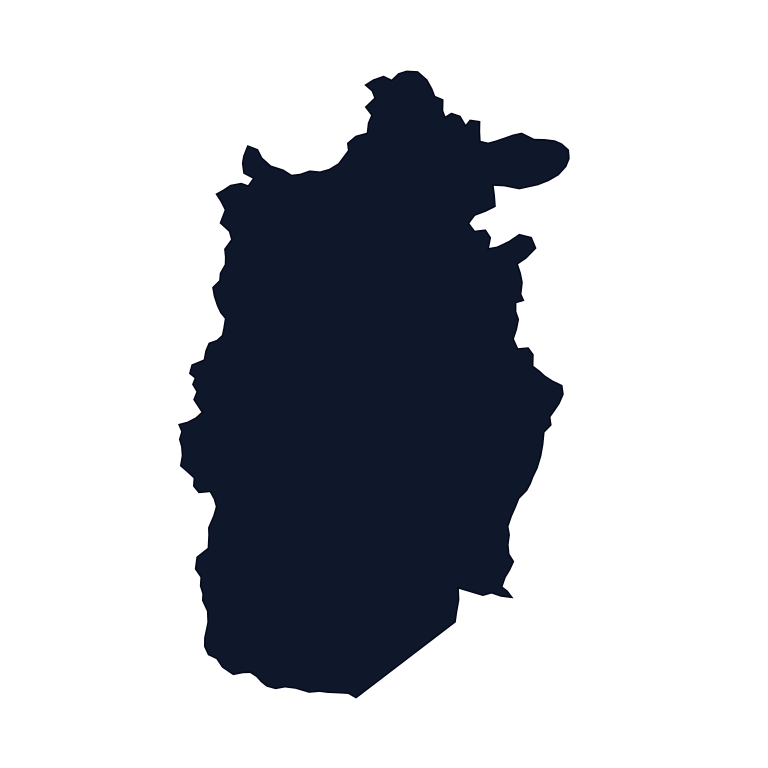 Ibirapuitã, Rio Grande do Sul, Brazil (Mercator projection), rotated 80°
{"feature_id": "56859067B64414910507042", "entity_name": "Ibirapuitã", "entity_type": "district", "adm_level": 2, "iso_a3": "BRA", "parent_name": "Brazil", "parent_adm1": "Rio Grande do Sul", "projection": "mercator", "projection_center": [-52.464, -28.617], "detail": "fine", "context": "isolated", "style": "filled", "palette": "ink", "viewbox_px": 768, "rotation_deg": 80, "n_neighbors": 0, "source": "geoboundaries", "source_scale": "gbopen_adm2", "svg_char_len": 2681}
<svg xmlns="http://www.w3.org/2000/svg" viewBox="0 0 768 768"><g transform="rotate(80 384 384)"><path d="M513.5,262.1L507.3,257.2L501.2,253.6L493.3,247.9L482.0,242.2L471.0,238.2L459.1,234.9L453.3,226.8L445.1,226.5L439.9,221.2L433.4,214.9L425.2,209.5L416.5,209.2L410.5,217.6L404.1,224.5L398.7,228.6L392.4,234.5L381.0,232.2L373.6,235.8L372.7,246.3L362.1,249.0L353.0,244.1L343.7,240.5L335.6,241.8L326.7,240.2L325.8,232.2L319.3,233.8L308.0,230.4L298.7,230.6L288.9,232.0L284.6,222.4L276.5,211.1L265.4,213.6L260.4,224.8L265.4,235.8L269.0,248.7L269.0,258.0L258.4,253.9L250.1,257.5L249.5,268.4L240.5,272.9L233.5,265.5L231.3,253.9L228.3,243.8L217.5,242.7L207.0,242.2L209.5,231.2L215.1,216.8L214.3,197.7L212.0,186.6L208.1,176.0L201.3,167.2L194.1,162.7L185.6,161.9L178.5,167.5L174.4,173.7L171.5,183.0L169.3,193.8L161.1,205.0L161.5,213.9L162.9,222.1L164.4,232.0L165.1,239.7L161.8,247.4L152.0,246.2L142.3,244.3L139.3,253.4L144.1,258.8L133.6,262.7L129.3,270.6L132.1,277.6L125.1,278.9L114.4,276.8L109.7,284.2L101.6,285.8L92.0,289.1L82.5,296.7L80.0,307.5L81.1,315.7L86.4,323.7L81.1,331.0L82.8,341.5L86.4,350.3L93.2,344.7L100.9,343.2L108.1,353.9L117.2,349.2L124.4,353.9L134.2,356.8L135.3,368.6L140.7,377.9L148.0,378.3L159.3,390.3L163.3,400.5L164.3,410.1L161.5,420.2L163.1,429.9L162.6,438.9L155.9,446.2L149.8,457.8L140.3,465.2L131.4,467.9L126.0,476.8L135.3,482.5L142.1,484.9L152.0,485.3L158.8,476.5L165.5,483.3L161.8,489.8L161.9,500.6L165.4,508.6L167.9,516.0L175.8,512.7L185.0,509.9L197.0,517.1L206.8,509.6L215.4,508.8L223.6,517.3L231.7,517.9L238.9,519.4L246.6,525.8L253.8,527.7L259.3,535.7L268.2,535.7L277.8,534.3L285.3,532.3L291.9,528.6L301.9,532.1L308.2,534.6L312.2,540.8L313.6,549.1L320.4,553.5L329.2,556.8L332.0,569.7L339.9,573.4L345.3,568.6L351.2,572.3L359.1,569.3L366.4,573.8L373.6,570.7L380.3,567.8L384.9,575.1L387.7,584.2L388.4,592.9L395.8,591.2L403.0,594.8L410.5,594.0L419.6,594.9L429.2,598.4L435.2,593.5L443.5,587.1L451.5,589.1L458.7,585.0L459.6,573.8L467.8,571.0L475.7,570.2L484.2,574.3L495.1,581.5L502.6,582.6L515.3,585.5L522.1,598.1L533.4,601.7L542.4,597.6L551.1,599.7L559.2,598.6L565.7,600.1L577.0,597.1L588.1,598.6L594.7,601.2L602.9,604.5L611.4,606.1L620.0,603.8L625.3,596.3L634.8,592.1L643.8,582.8L643.6,573.0L644.7,565.6L650.0,560.0L655.8,556.4L661.0,551.9L665.0,543.6L664.9,534.1L668.1,523.8L674.4,511.2L675.3,500.8L677.7,493.1L679.8,483.6L682.3,472.8L688.0,466.0L630.6,355.3L621.7,352.4L609.6,348.0L597.6,346.4L609.2,323.3L608.3,314.4L613.1,305.6L616.4,295.1L609.4,298.7L604.3,303.3L595.4,298.4L588.8,292.6L581.3,287.4L573.2,290.7L563.6,289.9L554.3,286.9L545.8,286.9L536.3,281.7L527.3,275.7L520.0,271.2L513.5,262.1Z" fill="#0f172a" stroke="#020617" stroke-width="1.5"/></g></svg>